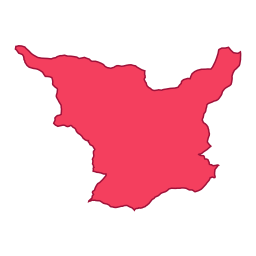 Gangzur, Lhuntshi, Bhutan (Mercator projection)
{"feature_id": "84629894B27978509932961", "entity_name": "Gangzur", "entity_type": "district", "adm_level": 2, "iso_a3": "BTN", "parent_name": "Bhutan", "parent_adm1": "Lhuntshi", "projection": "mercator", "projection_center": [91.081, 27.722], "detail": "fine", "context": "isolated", "style": "filled", "palette": "rose", "viewbox_px": 256, "rotation_deg": 0, "n_neighbors": 0, "source": "geoboundaries", "source_scale": "gbopen_adm2", "svg_char_len": 5745}
<svg xmlns="http://www.w3.org/2000/svg" viewBox="0 0 256 256"><path d="M240.4,51.9L238.2,53.3L236.3,53.2L233.5,52.7L231.0,50.4L229.3,48.3L228.5,47.3L227.4,47.6L225.2,48.1L221.8,48.1L219.3,49.3L218.7,49.9L218.1,53.4L216.6,58.1L215.1,62.0L212.6,67.0L210.9,69.1L207.5,69.0L205.6,69.2L201.3,69.3L197.4,70.3L194.7,71.6L192.1,73.7L190.9,76.3L190.1,78.7L187.8,78.4L183.5,79.7L181.6,81.3L181.2,83.4L179.4,85.3L178.0,87.3L174.9,88.1L170.2,88.4L166.2,89.1L165.6,89.2L164.1,89.4L163.1,89.6L161.6,90.2L158.5,89.8L157.5,90.1L155.3,90.4L154.3,90.5L152.7,90.2L151.5,89.5L150.6,88.5L148.9,87.6L148.7,87.5L147.2,86.0L146.7,85.1L146.1,82.8L145.3,81.9L144.6,80.3L144.3,79.9L144.2,79.0L144.8,78.0L144.8,77.6L145.2,77.3L145.1,76.6L145.0,75.4L144.6,74.5L144.6,74.1L144.7,73.0L144.6,72.0L144.9,70.9L141.7,69.8L139.9,68.8L136.8,67.0L135.6,65.9L133.5,65.5L131.1,64.8L129.0,64.9L126.5,65.3L123.7,66.0L121.7,66.3L118.7,65.7L116.9,65.7L115.1,66.5L114.0,67.3L111.9,67.9L111.0,68.3L109.3,68.0L107.2,67.6L105.0,66.4L103.5,64.6L101.4,63.4L98.3,62.1L95.6,61.3L91.9,61.3L90.8,60.7L89.3,59.2L87.0,58.4L84.4,57.4L82.3,57.9L79.0,58.5L76.8,57.1L73.9,56.6L70.9,56.2L67.4,56.1L64.6,55.2L61.5,55.7L60.1,55.7L57.1,56.7L55.7,57.7L53.2,58.1L51.3,58.9L47.8,58.5L41.7,58.2L37.8,57.5L33.5,55.1L31.4,53.6L28.7,50.8L26.0,48.4L24.8,47.0L21.6,46.0L18.6,45.8L16.8,46.3L15.9,46.4L15.4,49.1L16.6,50.0L17.5,51.4L18.8,53.2L20.1,53.6L22.5,54.6L23.6,56.5L24.0,58.8L24.0,59.6L24.8,60.9L24.9,62.1L27.0,65.4L29.2,67.2L33.3,68.4L36.1,68.8L37.8,69.3L40.0,70.4L42.6,72.2L43.8,74.2L45.3,76.4L47.7,76.5L49.8,76.8L51.8,77.6L52.4,79.4L52.7,81.0L52.8,82.3L52.6,83.6L52.8,84.7L54.5,86.5L55.4,87.3L56.7,88.1L57.3,88.8L57.5,89.8L57.3,91.0L57.2,92.5L56.8,93.9L56.4,95.1L56.3,96.3L56.6,97.3L57.5,99.0L58.2,100.1L58.9,101.6L61.0,105.0L61.2,106.2L61.2,107.4L61.4,108.3L61.5,109.4L61.4,110.5L61.4,111.4L61.1,114.4L59.5,115.2L57.3,115.6L56.0,116.7L54.9,118.0L55.1,119.8L54.9,120.6L54.0,122.5L53.7,123.3L54.6,124.3L55.5,125.1L57.3,126.0L57.8,126.3L63.1,125.1L65.0,125.4L66.4,126.3L67.8,126.6L69.4,126.1L70.3,125.5L71.4,125.6L73.2,127.4L74.7,128.1L75.8,129.5L76.1,130.7L77.1,132.2L78.3,133.4L80.0,134.4L81.5,135.8L82.3,136.7L82.7,137.6L83.5,138.6L84.4,139.1L85.2,139.9L86.8,140.5L88.1,140.6L88.4,140.6L88.2,141.6L88.9,142.4L89.8,144.0L90.0,144.6L92.6,145.9L93.2,146.8L93.9,148.1L94.5,148.7L94.8,149.4L94.2,150.5L93.5,151.3L93.4,153.1L93.7,154.6L93.8,155.5L93.6,157.0L93.2,157.4L92.7,158.6L92.4,159.2L92.5,159.7L92.9,160.4L92.9,161.3L92.8,162.4L92.5,163.9L93.4,165.3L93.4,165.8L93.6,166.8L94.0,167.5L93.2,168.1L93.2,168.7L93.4,169.8L93.2,170.3L93.2,171.3L93.9,171.3L96.9,172.3L98.5,172.4L101.2,173.0L103.7,174.0L106.0,174.0L106.0,175.6L102.7,179.6L99.7,182.5L97.8,183.6L96.7,185.1L95.9,186.6L95.4,187.6L94.8,189.2L94.5,190.1L93.8,190.7L92.7,191.4L92.4,192.3L92.8,193.3L93.5,194.4L92.3,195.9L92.1,197.0L92.1,197.9L89.6,200.2L88.8,201.0L88.7,201.5L89.5,201.1L90.8,200.9L91.7,200.2L92.6,200.2L93.3,200.3L94.9,200.2L96.0,200.6L97.0,200.6L97.8,200.7L99.4,200.7L99.9,200.9L101.1,201.6L102.9,202.8L103.4,203.2L105.3,203.7L106.9,204.0L109.0,205.0L109.6,205.6L110.2,206.3L111.1,206.8L112.2,206.8L113.6,207.2L115.2,207.5L116.5,207.4L118.8,206.9L121.1,206.3L122.7,206.2L124.1,205.6L126.8,205.4L127.6,205.7L128.1,206.0L129.8,206.9L131.6,207.6L132.4,208.1L133.3,209.0L133.6,209.3L134.4,210.2L134.6,209.7L135.1,209.2L135.6,208.8L136.0,208.6L136.5,208.5L137.7,208.4L138.6,208.1L138.9,207.8L139.1,207.9L140.3,208.1L142.1,207.8L142.8,207.4L144.2,206.9L145.3,206.5L145.6,206.2L145.8,205.9L146.5,205.4L147.1,205.1L147.4,204.9L148.0,204.3L148.1,204.1L148.8,203.7L152.3,199.3L153.6,198.7L154.2,198.2L154.9,197.2L156.4,196.5L158.1,195.8L159.4,194.8L160.7,193.5L161.8,192.9L162.6,192.6L165.6,191.6L167.3,190.5L168.9,189.0L169.7,188.7L171.6,188.2L172.9,188.3L175.9,188.4L177.0,188.2L178.3,188.2L180.2,188.2L181.7,187.9L182.6,187.9L184.2,188.0L186.2,188.3L187.7,189.1L189.3,189.9L192.0,189.9L193.4,190.6L194.5,191.6L195.4,191.7L196.8,191.2L197.8,190.9L199.4,190.2L201.2,189.2L202.6,187.9L205.9,184.3L207.0,182.7L209.0,180.4L209.4,179.7L209.8,178.8L210.3,177.6L211.2,177.6L211.9,177.1L212.7,177.1L214.0,177.7L214.9,177.5L215.1,177.0L215.0,176.0L214.6,175.1L214.6,172.4L214.9,170.5L214.8,170.3L214.9,169.6L217.4,166.4L217.8,165.7L218.5,165.3L218.2,165.1L217.1,165.0L216.4,165.3L213.3,165.7L212.3,165.4L212.0,165.1L211.7,164.8L211.1,164.7L210.1,164.6L209.6,164.3L209.2,163.9L209.2,162.8L209.1,162.1L208.6,161.6L208.4,160.7L207.9,159.7L207.3,159.4L206.6,159.1L205.9,159.0L205.0,159.1L204.5,158.3L204.4,157.1L204.1,156.5L203.8,156.0L203.6,155.8L202.9,155.6L202.0,155.6L201.0,155.6L200.0,155.2L199.0,154.7L198.7,154.4L199.1,154.1L200.0,154.1L200.9,153.8L202.0,153.2L203.5,151.9L207.1,149.5L209.2,147.6L210.1,146.8L210.8,146.4L210.9,146.2L209.3,144.7L208.7,143.8L207.9,142.8L207.4,142.1L207.4,141.7L207.5,140.9L207.6,140.2L208.0,138.9L208.2,137.9L208.5,137.3L208.7,136.5L209.2,135.5L209.4,133.8L208.9,131.9L208.7,130.3L208.6,129.5L208.3,128.8L207.8,126.8L207.2,126.0L206.6,125.1L205.1,123.7L204.3,123.3L203.2,122.2L203.0,121.6L202.7,120.9L202.3,120.3L202.4,119.1L202.6,118.5L203.1,117.6L203.2,117.3L203.6,115.3L203.8,114.1L204.2,113.3L205.0,112.4L205.6,111.3L205.8,110.3L206.1,108.4L206.5,107.4L206.7,106.3L206.9,104.8L207.5,104.2L208.3,103.5L212.2,102.0L213.9,101.1L215.1,100.8L216.5,100.4L217.8,99.6L218.5,99.0L219.2,98.1L220.0,97.0L221.2,95.2L221.8,94.0L222.1,92.8L222.4,91.7L223.1,90.7L224.5,88.9L225.7,87.9L226.6,87.4L227.7,86.7L228.8,86.1L229.7,85.6L231.0,84.4L231.3,83.4L231.6,82.3L232.0,79.8L232.1,78.6L232.1,77.5L232.0,76.3L232.3,75.1L232.7,73.9L233.1,72.7L233.8,71.5L234.3,70.3L235.1,69.6L236.2,68.7L237.0,67.9L239.2,65.6L239.7,64.2L240.5,59.5L240.5,57.6L240.6,55.6L240.6,53.5L240.4,51.9Z" fill="#f43f5e" stroke="#9f1239" stroke-width="1.5"/></svg>